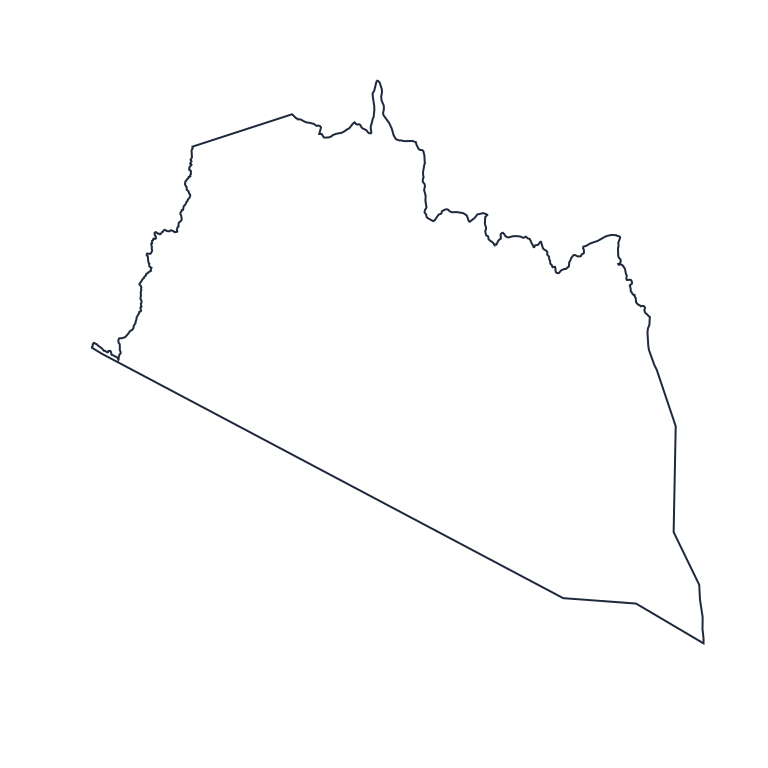 Vinchina, La Rioja, Argentina (Equal Earth projection), rotated 352°
{"feature_id": "61730980B36020479947957", "entity_name": "Vinchina", "entity_type": "district", "adm_level": 2, "iso_a3": "ARG", "parent_name": "Argentina", "parent_adm1": "La Rioja", "projection": "equal_earth", "projection_center": [-68.898, -28.359], "detail": "fine", "context": "isolated", "style": "outline", "palette": "slate", "viewbox_px": 768, "rotation_deg": 352, "n_neighbors": 0, "source": "geoboundaries", "source_scale": "gbopen_adm2", "svg_char_len": 6155}
<svg xmlns="http://www.w3.org/2000/svg" viewBox="0 0 768 768"><g transform="rotate(352 384 384)"><path d="M227.3,122.3L227.3,124.2L226.5,124.8L225.7,127.0L225.8,128.6L225.4,130.6L225.6,131.5L225.1,133.3L223.6,135.1L224.4,136.7L222.7,138.7L222.9,139.3L223.6,139.5L223.9,140.0L222.5,141.5L221.8,141.8L221.4,142.4L221.4,143.1L220.9,144.0L221.1,145.1L221.9,145.5L222.5,146.4L222.1,147.3L222.1,149.0L221.0,150.4L221.2,151.2L220.3,151.9L219.4,151.8L219.0,152.9L218.3,153.4L217.6,153.6L216.4,155.3L215.9,155.4L215.2,156.4L215.1,157.5L214.7,158.1L214.7,158.6L215.2,159.8L215.2,160.5L215.9,161.4L215.7,164.3L217.1,165.7L217.6,168.2L218.4,169.6L218.4,170.4L217.7,171.9L217.2,172.6L215.3,174.2L214.9,175.4L213.6,176.2L213.3,177.2L211.9,179.0L210.4,180.1L209.3,183.5L208.3,183.4L207.9,183.7L207.6,184.8L206.8,185.3L206.3,186.1L206.0,187.4L206.6,188.9L206.6,192.9L205.9,194.0L203.2,195.8L202.5,198.3L202.5,199.4L201.5,199.9L200.3,202.4L200.6,203.9L200.2,204.5L197.7,204.5L196.7,203.3L194.5,202.1L192.8,202.9L191.2,202.6L190.1,202.2L188.5,200.8L187.2,201.2L186.2,202.5L185.5,202.6L183.5,204.5L182.5,204.4L181.9,203.7L181.2,203.7L179.1,201.8L178.0,202.2L177.7,203.7L177.8,204.8L178.5,205.7L178.3,206.8L178.6,207.8L177.5,208.5L176.0,208.0L175.4,208.7L175.2,209.6L174.3,210.0L173.8,211.4L174.0,212.4L172.9,213.0L173.2,215.6L172.8,218.2L173.0,219.8L171.3,222.2L170.2,222.5L167.6,221.9L166.9,223.0L167.1,223.9L167.9,224.6L167.6,229.2L167.8,231.2L168.4,232.3L168.1,233.0L168.0,234.5L168.3,235.3L169.9,236.5L168.9,238.2L169.0,239.5L166.3,240.6L164.8,241.7L163.9,241.8L163.1,243.6L161.6,244.4L161.1,245.6L159.8,246.3L157.0,249.7L155.7,250.9L155.7,251.6L156.7,252.8L157.2,254.5L156.7,255.6L156.8,257.2L156.2,258.3L155.7,260.4L155.8,262.0L155.4,262.7L155.2,264.3L154.6,265.5L155.5,268.2L155.0,270.0L154.3,270.8L154.4,272.9L154.6,273.7L153.9,273.9L153.4,274.6L153.6,277.7L153.1,278.2L151.6,278.6L151.3,279.8L148.3,283.6L147.8,285.7L146.7,287.6L146.6,288.8L144.2,291.8L143.6,294.0L141.7,295.7L140.1,296.0L137.8,298.5L134.3,301.5L131.0,302.2L128.2,301.9L127.8,302.3L127.0,303.8L126.9,306.1L127.7,307.5L127.8,308.3L127.1,313.8L127.6,315.5L127.6,316.5L127.4,317.0L125.9,318.3L125.6,319.7L124.7,320.9L124.8,322.3L124.4,323.0L123.7,321.0L122.9,320.0L121.4,319.3L119.9,317.9L118.3,317.2L118.1,314.2L117.6,313.2L115.9,312.9L115.3,314.0L114.5,314.2L112.3,312.3L111.4,312.3L109.6,309.5L105.9,305.9L105.0,304.5L104.1,304.2L103.3,303.4L102.2,302.9L101.9,303.1L101.0,304.6L100.9,305.7L100.0,306.7L99.8,307.4L108.7,314.7L531.6,621.0L603.0,636.5L664.3,685.3L665.0,680.7L665.3,670.9L667.1,659.2L666.9,641.4L668.2,626.7L650.2,571.0L667.0,466.4L656.1,408.1L654.3,402.6L651.1,387.2L651.0,383.3L652.1,369.5L653.1,365.7L655.0,362.5L656.6,354.5L655.4,353.5L654.2,351.6L652.6,350.0L652.0,347.1L653.1,345.1L652.8,343.8L652.1,343.0L650.5,342.6L649.1,342.8L648.3,341.7L646.6,340.7L645.0,338.2L645.2,333.8L644.5,332.6L644.5,330.6L643.6,330.6L642.5,329.2L642.2,328.0L641.5,327.1L641.3,326.1L641.5,323.8L641.1,320.6L643.5,319.1L643.7,317.7L643.5,316.4L643.2,315.6L642.1,314.9L640.0,315.0L638.9,314.7L638.6,313.5L639.5,310.3L638.9,308.6L638.7,303.9L638.4,302.9L636.8,299.7L636.3,299.2L635.4,298.6L633.1,298.6L632.6,297.8L634.1,297.4L635.4,295.9L635.5,295.1L635.5,293.5L634.1,291.5L634.0,290.8L633.7,289.4L634.0,288.8L634.0,286.7L634.2,286.1L634.4,283.6L634.6,283.0L634.6,281.9L635.4,280.5L635.7,276.6L638.2,272.2L638.0,270.8L634.9,269.4L634.7,269.0L630.0,268.0L625.7,268.4L623.4,268.9L615.7,272.0L607.8,273.5L603.6,275.3L600.6,275.7L600.0,277.2L600.6,279.0L600.2,282.1L599.8,282.5L597.9,283.1L597.0,284.5L596.1,285.0L593.3,284.5L591.2,282.9L589.7,282.7L586.9,285.3L586.2,286.8L584.3,289.4L583.5,293.3L581.3,294.5L580.6,295.3L578.5,295.2L575.1,296.2L572.8,298.4L571.0,298.4L569.8,297.2L569.6,294.4L569.9,293.5L569.7,291.9L569.4,291.6L567.5,291.9L567.0,291.3L566.6,289.5L565.7,288.4L565.4,287.5L565.6,285.3L565.1,283.9L565.0,280.5L564.5,280.0L563.6,278.5L564.1,276.2L563.4,274.7L561.4,273.2L560.3,271.9L559.3,265.1L559.0,264.9L558.5,265.1L555.8,267.7L553.0,267.7L551.8,269.4L551.2,269.3L550.5,266.6L549.5,264.5L549.4,263.4L548.5,260.7L546.5,259.7L546.1,259.0L544.8,257.8L543.2,258.5L541.9,258.5L539.4,256.9L536.4,256.1L532.2,255.6L528.0,256.2L527.0,256.0L525.2,254.9L524.5,254.0L524.1,252.6L522.8,250.8L521.3,251.1L520.4,252.0L520.1,253.1L520.2,254.7L519.7,256.5L518.2,257.1L516.9,258.4L514.7,261.6L513.9,261.2L513.3,261.3L512.9,262.0L512.4,261.3L512.1,260.1L510.7,258.1L510.0,257.9L507.7,255.3L507.7,252.9L507.4,252.0L506.1,251.3L505.7,249.7L505.5,246.9L505.7,246.2L506.4,245.4L506.8,243.5L506.2,239.2L507.5,232.7L509.8,231.0L509.0,230.1L506.1,228.6L500.0,229.1L497.1,232.0L491.7,235.2L490.7,234.7L489.4,228.6L486.2,225.8L480.0,223.9L474.9,223.3L473.1,222.1L471.5,220.1L470.5,219.7L468.6,219.8L465.5,220.9L464.4,223.3L462.2,223.7L461.0,224.5L457.1,228.9L455.4,229.6L450.8,226.1L449.4,224.6L449.3,221.9L448.1,220.0L448.1,219.1L448.9,217.3L450.5,215.3L450.7,213.9L450.5,210.6L450.6,207.5L451.3,204.6L451.3,201.7L450.7,197.6L452.1,193.7L452.1,192.8L452.0,191.6L450.7,189.5L450.6,188.5L451.1,186.1L452.0,184.8L451.8,182.3L452.3,179.0L454.7,171.8L455.4,170.8L455.2,169.7L455.8,163.7L455.4,159.0L454.4,157.7L451.9,157.1L450.9,155.8L449.5,151.7L449.2,148.9L445.7,147.2L438.2,146.4L434.5,145.1L432.6,144.8L430.2,143.4L429.6,142.7L428.1,138.8L427.2,132.1L425.5,126.4L421.0,117.9L420.7,115.9L422.1,111.8L422.5,109.2L422.4,107.9L421.1,103.1L421.2,99.0L422.6,94.9L422.9,92.0L421.7,85.2L420.9,83.6L419.6,82.7L418.7,83.3L415.1,92.3L413.2,94.6L412.9,97.1L413.0,108.5L412.6,109.9L412.7,110.9L410.9,118.1L409.6,120.0L409.1,121.7L408.4,123.0L408.4,123.6L407.3,125.7L406.6,127.8L406.4,129.6L406.5,133.0L406.0,133.9L404.0,133.5L403.2,132.6L401.8,130.1L398.2,127.8L397.1,126.0L396.6,124.2L395.4,123.3L393.5,123.3L392.5,122.8L391.4,120.8L389.3,121.9L385.5,125.7L382.8,126.9L381.9,127.0L381.6,127.5L380.2,128.2L377.1,129.3L371.4,129.6L367.8,130.4L366.6,131.4L364.0,132.1L359.4,131.8L358.6,131.2L357.0,127.7L354.7,127.4L357.3,121.2L356.7,119.9L354.9,118.9L353.1,119.0L350.6,116.6L346.6,115.0L343.0,113.9L338.0,110.3L335.3,109.9L334.8,108.9L333.8,108.4L330.5,104.1L227.3,122.3Z" fill="none" stroke="#1e293b" stroke-width="2"/></g></svg>